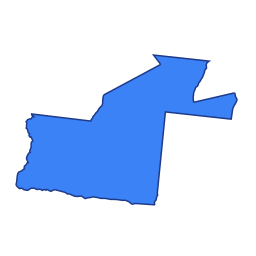 SVG path tracing the border of Wouleu-Ntem, rotated 186°
{"feature_id": "GAB-2187", "entity_name": "Wouleu-Ntem", "entity_type": "Province", "adm_level": 1, "iso_a3": "GAB", "parent_name": "Gabon", "parent_adm1": "", "projection": "albers", "projection_center": [12.153, 1.276], "detail": "fine", "context": "isolated", "style": "filled", "palette": "blue", "viewbox_px": 256, "rotation_deg": 186, "n_neighbors": 0, "source": "natural_earth", "source_scale": "10m", "svg_char_len": 3056}
<svg xmlns="http://www.w3.org/2000/svg" viewBox="0 0 256 256"><g transform="rotate(186 128 128)"><path d="M115.6,52.8L116.6,52.9L117.3,53.3L118.8,54.5L122.4,55.7L123.5,55.8L126.0,55.5L132.3,55.7L137.8,55.2L143.2,55.6L147.4,55.2L148.7,55.3L151.6,55.7L154.7,55.9L156.2,55.6L158.9,54.7L160.3,54.5L161.1,54.3L162.6,53.5L163.3,53.4L164.1,53.7L166.5,55.2L167.8,55.4L171.7,54.5L174.5,54.7L178.5,56.0L179.8,56.4L181.4,56.0L182.6,56.9L184.3,57.5L194.0,59.0L195.4,58.7L196.4,58.0L197.3,57.4L198.2,57.0L199.4,57.3L201.0,58.0L202.5,58.4L203.1,57.5L204.1,57.9L205.0,58.0L205.8,57.7L206.5,57.0L208.7,57.8L209.9,58.0L210.7,57.7L211.7,57.3L212.9,57.5L214.9,58.4L217.9,58.0L218.6,57.7L220.1,56.3L220.9,55.7L221.5,55.5L223.7,55.6L225.7,56.0L226.7,56.8L227.2,57.0L227.8,57.0L228.9,56.5L229.4,56.4L230.2,56.8L231.3,57.6L232.4,58.5L233.1,59.4L233.4,60.4L233.1,62.6L233.1,64.4L233.1,68.7L232.9,71.0L232.1,72.7L229.6,74.1L229.1,74.5L227.8,75.9L227.5,76.2L226.8,76.4L226.8,77.0L227.2,78.4L227.0,79.1L226.7,79.6L226.2,80.0L225.7,80.6L225.2,81.5L224.7,82.6L223.9,82.8L223.6,83.2L224.5,84.4L225.1,85.7L225.5,86.3L225.8,87.1L225.7,88.3L224.9,90.9L224.4,92.0L223.7,93.0L222.7,93.5L223.3,94.7L223.1,96.0L222.6,97.3L222.3,98.8L222.7,102.1L222.5,103.8L221.3,105.3L222.5,107.4L223.8,109.2L224.3,108.7L225.1,109.3L225.6,110.1L225.7,111.1L225.3,112.1L226.7,112.9L228.0,116.4L229.2,117.1L229.1,117.7L229.2,121.1L229.2,121.7L229.2,122.2L229.4,122.7L230.0,123.6L229.9,124.0L229.4,124.2L228.8,125.7L227.7,126.3L226.5,126.8L225.5,126.9L224.9,127.4L224.7,128.4L224.1,129.3L222.8,129.4L223.5,130.1L224.4,130.4L225.1,130.9L225.3,131.9L165.7,131.0L165.6,131.6L165.5,132.3L165.4,132.6L165.3,132.8L164.5,133.8L164.3,134.1L164.2,134.4L164.1,134.6L164.0,135.6L164.0,135.8L163.7,136.2L162.8,137.1L161.5,139.7L161.3,140.0L160.1,141.3L159.9,141.7L159.8,142.0L159.7,142.4L158.9,144.1L158.3,145.1L156.2,147.7L156.2,147.8L155.9,149.1L155.8,150.5L156.1,153.1L156.0,153.6L155.8,154.3L155.8,154.7L155.8,155.0L156.0,155.2L156.0,155.4L156.1,155.6L155.7,157.6L155.4,158.2L154.9,158.8L103.2,193.9L102.6,194.4L102.5,194.9L102.9,195.5L110.2,203.2L54.4,203.0L54.9,202.6L55.3,202.0L55.5,201.8L55.7,201.6L56.3,201.0L56.6,200.1L56.7,199.7L56.8,199.3L56.7,198.5L56.2,196.1L56.3,195.4L56.5,195.0L56.9,194.7L57.1,194.5L57.4,194.2L57.5,193.8L57.6,193.2L57.8,191.3L59.3,186.0L59.6,185.4L60.5,183.9L60.6,183.6L60.8,182.8L60.9,182.5L61.2,182.0L61.5,181.6L62.1,180.8L62.3,180.2L63.1,177.3L63.2,177.1L63.3,176.9L63.7,176.5L64.7,175.7L64.9,175.4L65.1,174.9L65.4,173.2L66.1,171.2L66.3,170.3L66.4,165.3L66.2,163.8L65.5,160.9L65.2,160.7L64.6,160.7L27.1,173.6L26.1,173.8L25.5,173.7L25.1,173.0L24.5,170.9L24.2,170.3L23.8,169.6L22.7,168.1L22.6,167.1L22.9,165.7L24.0,162.9L24.8,161.5L25.9,157.8L26.3,147.6L28.0,147.6L49.5,147.7L65.7,147.8L71.0,147.8L92.5,147.9L92.4,129.1L92.3,110.3L92.2,95.2L92.2,91.4L92.1,72.6L92.1,66.8L91.5,64.0L92.0,63.3L92.3,62.4L92.4,61.6L92.4,60.7L92.5,59.5L93.0,58.7L93.5,57.9L94.0,56.9L93.8,55.9L93.5,55.0L93.7,54.4L112.8,53.7L114.7,53.0L115.6,52.8Z" fill="#3b82f6" stroke="#1e3a8a" stroke-width="1.5"/></g></svg>